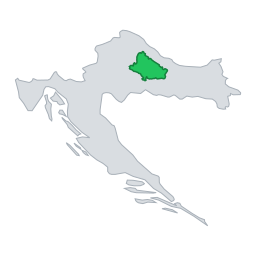 where Bjelovarsko-bilogorska sits in Croatia
{"feature_id": "HRV-1607", "entity_name": "Bjelovarsko-bilogorska", "entity_type": "County", "adm_level": 1, "iso_a3": "HRV", "parent_name": "Croatia", "parent_adm1": "", "projection": "robinson", "projection_center": [16.948, 45.775], "detail": "fine", "context": "in_parent", "style": "filled", "palette": "green", "viewbox_px": 256, "rotation_deg": 0, "n_neighbors": 0, "source": "natural_earth", "source_scale": "10m", "svg_char_len": 5846}
<svg xmlns="http://www.w3.org/2000/svg" viewBox="0 0 256 256"><path d="M17.7,78.3L19.1,80.2L29.2,82.5L31.3,81.5L32.7,79.9L32.7,79.0L33.6,78.7L37.1,80.2L48.0,80.0L50.2,78.9L54.4,72.3L55.7,71.7L56.6,72.0L57.2,73.9L58.7,75.7L64.2,80.2L66.2,80.7L68.3,79.5L70.4,79.1L76.3,81.5L81.3,81.9L85.1,80.7L83.3,77.2L83.0,75.4L83.2,73.8L85.8,72.2L85.7,71.6L82.6,68.8L82.8,68.1L89.6,65.1L96.1,63.3L97.2,62.0L98.1,56.2L97.8,53.2L95.1,50.3L95.0,48.9L95.6,47.3L96.6,46.0L102.3,44.4L110.6,41.0L113.1,37.9L114.6,37.4L119.2,37.8L120.2,37.1L119.6,32.6L120.4,31.5L122.8,30.2L126.8,30.7L130.2,31.8L139.0,35.8L143.7,39.4L146.3,43.5L149.8,46.6L154.3,48.8L157.8,51.9L160.4,55.7L164.1,57.8L168.8,58.3L171.8,59.6L173.0,61.7L175.6,63.6L179.4,65.4L185.4,66.3L200.5,67.2L207.2,65.1L212.2,59.9L214.3,60.2L221.3,58.7L220.9,61.8L218.8,63.2L221.0,66.5L223.0,71.8L221.9,74.4L223.3,76.4L227.6,78.4L226.4,79.0L225.4,80.7L225.3,83.9L228.8,86.8L237.9,90.1L240.6,92.7L240.6,93.8L240.2,94.6L233.2,94.8L230.5,93.5L230.3,95.6L227.7,96.3L229.2,104.0L228.7,106.3L227.7,107.0L225.8,106.6L225.2,107.4L225.7,109.0L223.2,109.2L219.1,108.4L217.3,106.9L216.9,103.9L215.6,101.5L212.4,99.1L205.7,98.7L197.9,96.4L192.2,97.1L186.8,96.1L182.2,99.1L179.8,99.1L175.1,95.3L173.7,95.0L169.6,97.0L167.9,97.1L161.0,95.0L158.5,94.7L156.7,95.4L153.4,94.7L145.5,89.7L140.6,93.5L130.6,92.5L127.7,95.1L124.3,100.0L121.5,102.4L119.1,101.5L116.3,99.4L111.4,93.8L108.9,92.8L106.0,92.6L103.5,93.2L102.2,94.3L100.1,109.7L100.1,114.0L105.6,118.0L112.0,124.9L114.1,125.7L115.1,128.0L118.3,140.4L121.6,144.7L132.8,154.9L137.6,161.3L151.9,173.9L158.2,176.1L159.2,177.3L159.3,182.2L160.0,184.0L164.2,189.1L172.9,196.6L173.9,198.3L174.2,199.6L173.6,200.6L171.4,201.6L161.4,193.1L153.6,188.5L144.9,179.8L133.2,176.4L125.2,172.6L115.0,174.4L111.7,174.4L109.4,173.7L107.7,171.4L107.7,167.2L103.0,163.4L96.7,159.8L90.7,155.1L78.7,142.5L76.3,138.4L82.5,136.9L89.7,137.7L82.0,132.3L71.0,121.8L67.7,116.8L67.4,111.5L68.3,104.1L66.3,98.9L57.9,92.2L54.8,88.7L48.5,86.6L45.7,86.8L44.0,89.4L42.7,95.2L32.1,110.7L28.0,110.6L23.6,103.2L19.3,97.7L18.5,91.8L15.4,80.0L17.7,78.3ZM204.5,219.7L204.6,221.5L207.7,225.8L193.8,216.2L180.6,208.3L171.4,206.4L158.7,200.1L150.4,197.9L157.2,197.4L176.7,205.8L174.6,203.6L177.4,202.7L179.8,203.3L181.3,206.1L192.3,213.5L199.4,217.8L204.5,219.7ZM52.0,119.1L51.7,120.9L49.4,118.6L48.3,114.4L45.4,107.6L45.1,105.6L46.6,103.7L46.5,101.8L44.6,95.9L46.3,95.0L47.3,94.9L47.7,98.9L48.6,101.3L51.4,104.2L50.8,109.0L51.3,115.9L52.0,119.1ZM64.6,103.9L59.8,104.9L57.6,103.1L57.0,101.6L53.1,101.1L50.4,98.1L53.7,95.8L55.5,92.1L61.9,99.7L64.6,103.9ZM140.3,185.7L134.2,185.8L128.9,184.9L126.3,183.4L127.3,180.1L133.2,180.3L142.2,181.8L144.4,183.6L143.7,184.4L140.3,185.7ZM156.2,192.6L153.4,193.1L136.2,192.7L131.2,191.7L124.5,188.4L130.1,187.6L135.3,188.4L136.9,190.2L156.2,192.6ZM78.8,134.6L77.8,135.9L68.3,127.4L67.2,124.6L62.5,118.8L61.8,117.3L66.1,121.1L67.8,121.4L71.9,125.1L76.0,129.8L80.8,133.9L78.8,134.6ZM135.1,198.8L142.3,200.1L147.5,199.5L152.3,200.3L155.9,202.6L147.8,202.1L142.8,203.6L138.5,202.8L136.8,201.8L135.7,200.6L135.1,198.8ZM78.7,154.4L79.2,155.6L76.6,155.1L67.3,144.7L66.3,142.7L69.7,145.1L78.7,154.4ZM62.4,110.2L66.2,116.4L62.6,114.5L59.4,113.8L58.7,112.4L59.9,110.1L62.4,110.2ZM172.3,209.7L177.6,213.0L162.0,208.7L165.4,208.2L172.3,209.7ZM85.8,152.0L88.3,155.5L85.9,154.8L83.3,152.6L81.9,150.2L85.8,152.0ZM80.4,147.7L81.0,149.4L76.2,146.2L74.0,143.1L80.4,147.7Z" fill="#d9dde1" stroke="#a8b0b8" stroke-width="1"/><path d="M142.7,51.6L143.0,51.6L143.5,51.8L143.7,52.1L143.8,52.4L143.8,52.6L144.0,52.9L144.2,53.1L144.4,53.3L145.1,53.6L145.3,53.7L145.4,53.9L145.4,54.1L145.0,55.1L145.2,55.4L145.7,55.8L147.3,56.5L148.0,56.9L148.4,57.3L148.4,57.7L148.3,58.2L148.3,58.6L148.5,58.9L148.6,59.0L148.8,59.0L149.5,58.6L150.0,58.5L150.5,58.6L150.8,58.7L151.1,59.1L151.7,59.8L151.9,60.0L152.1,60.2L152.6,60.5L154.0,61.6L159.2,64.8L159.3,65.0L159.2,65.6L159.2,65.8L159.4,66.0L159.7,66.3L160.3,66.6L160.6,67.0L160.8,67.2L160.9,67.3L161.0,67.3L162.1,67.1L162.3,67.1L162.4,67.3L162.6,67.7L162.6,67.9L162.6,68.1L162.4,68.5L162.4,68.8L162.6,69.0L163.3,69.5L163.8,69.5L164.0,69.4L164.3,69.1L164.5,69.0L164.8,68.8L165.1,68.8L165.5,68.9L165.8,69.0L167.3,70.0L167.4,70.8L164.8,74.8L165.1,75.6L165.4,76.0L165.5,76.2L165.5,76.4L165.5,76.6L165.0,78.0L164.8,78.3L164.6,78.5L164.3,78.6L163.9,78.7L163.3,78.7L162.0,78.3L161.4,78.3L157.5,78.9L157.1,78.8L156.7,78.6L156.2,78.2L155.9,77.9L155.7,77.8L155.3,78.0L155.1,78.2L154.7,78.4L154.2,78.5L153.3,78.5L152.8,78.6L151.8,78.9L151.3,78.9L150.8,78.8L150.3,78.8L150.0,78.9L149.8,79.0L149.6,79.0L149.2,78.9L147.4,78.2L147.2,77.9L147.1,77.7L147.1,77.2L146.5,76.9L145.9,78.3L145.8,79.0L145.8,79.4L145.8,79.9L145.9,80.3L145.3,80.6L145.0,80.7L144.9,80.6L144.7,80.2L144.3,80.0L143.5,80.0L143.2,80.0L142.9,79.9L142.6,79.6L142.3,79.4L142.1,78.9L142.1,78.6L142.4,78.6L142.5,78.6L142.9,78.7L143.6,78.0L143.5,77.9L143.3,77.6L142.8,77.0L142.4,76.4L142.2,76.3L141.9,76.1L141.6,76.0L141.3,75.5L141.2,75.2L140.6,74.0L140.5,73.8L140.2,73.6L139.3,73.5L138.9,73.4L138.7,73.3L138.3,72.8L138.1,72.6L135.5,71.6L134.7,71.4L134.0,71.4L133.8,71.3L133.4,71.0L132.8,70.4L132.0,69.8L131.5,69.6L131.1,69.5L130.7,69.4L130.3,69.1L130.0,69.0L129.7,68.9L129.5,68.6L129.7,68.0L129.8,67.7L129.9,67.4L129.9,67.1L129.4,66.6L130.0,66.2L130.4,65.6L130.7,65.5L131.8,65.5L133.1,65.9L133.3,65.8L133.4,65.6L133.3,64.8L133.3,64.5L133.4,64.1L134.2,63.0L134.4,62.8L134.6,62.8L134.8,63.0L134.7,63.2L134.7,63.5L134.8,63.9L135.0,64.0L135.5,64.0L135.9,63.9L136.2,63.7L136.7,63.1L136.9,62.4L137.0,61.8L137.0,61.5L136.8,60.0L136.8,59.6L136.9,59.1L136.9,57.1L137.1,56.4L137.6,55.4L137.9,54.6L138.3,53.9L138.7,53.3L139.4,53.0L140.1,52.7L140.4,52.7L140.6,52.8L140.7,53.1L141.0,53.3L141.3,53.2L141.8,52.8L141.9,52.7L142.0,52.5L142.1,52.0L142.3,51.8L142.5,51.6L142.7,51.6Z" fill="#22c55e" stroke="#15803d" stroke-width="1.5"/></svg>